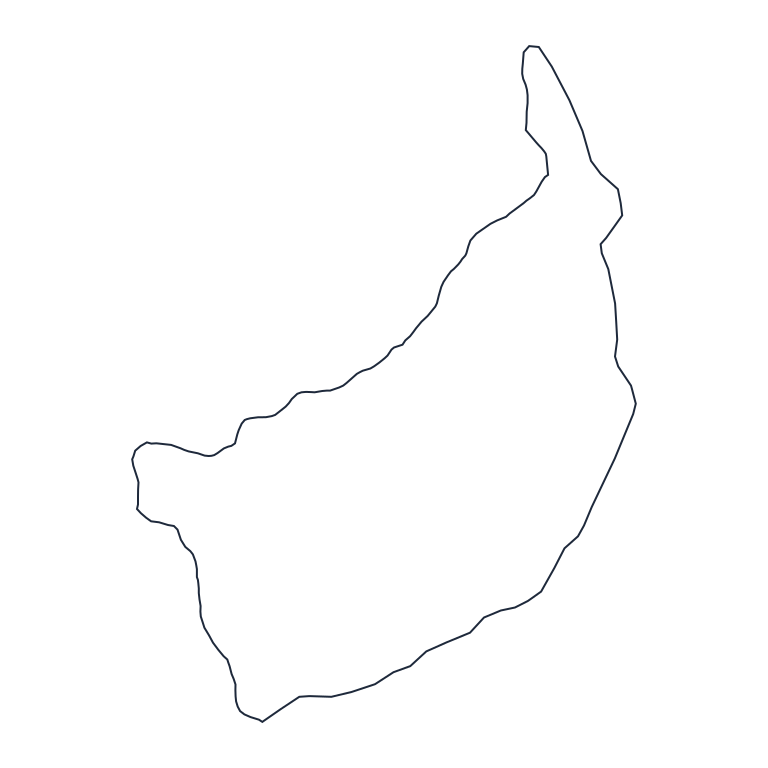 outline of Balam, Mongar, Bhutan
{"feature_id": "84629894B21655800544266", "entity_name": "Balam", "entity_type": "district", "adm_level": 2, "iso_a3": "BTN", "parent_name": "Bhutan", "parent_adm1": "Mongar", "projection": "natural_earth1", "projection_center": [91.392, 27.348], "detail": "fine", "context": "isolated", "style": "outline", "palette": "slate", "viewbox_px": 768, "rotation_deg": 0, "n_neighbors": 0, "source": "geoboundaries", "source_scale": "gbopen_adm2", "svg_char_len": 2647}
<svg xmlns="http://www.w3.org/2000/svg" viewBox="0 0 768 768"><path d="M538.8,47.0L529.2,46.1L523.7,52.3L522.8,63.8L522.3,68.8L522.2,73.8L523.2,78.9L525.6,84.7L526.9,89.5L527.6,95.2L527.6,103.1L526.7,111.7L526.5,122.9L525.8,130.1L536.2,142.4L538.8,145.3L541.4,148.0L544.2,151.4L545.8,153.8L546.3,156.4L547.2,165.8L548.1,174.9L544.9,177.1L541.7,181.7L536.3,191.5L534.0,195.0L529.7,198.4L526.4,200.7L523.9,202.9L517.6,207.6L509.6,213.5L506.1,216.8L497.2,220.4L490.5,223.8L482.6,229.3L476.3,233.7L470.4,240.5L468.3,246.4L466.4,253.3L465.3,255.6L462.1,259.1L460.5,261.6L458.3,264.4L453.8,269.0L451.0,271.3L448.0,275.3L443.6,281.8L441.3,286.8L438.8,295.5L436.9,303.3L435.3,306.6L427.7,315.9L421.5,321.7L416.1,328.2L413.2,332.2L410.1,336.2L405.3,340.4L402.5,344.7L394.0,347.5L391.5,349.6L387.5,355.6L384.8,358.1L379.4,362.5L374.1,366.3L370.4,368.5L362.8,370.7L359.8,372.2L356.8,373.9L346.4,383.1L343.2,385.6L339.1,387.5L330.1,390.6L326.9,390.6L322.2,391.0L314.6,392.3L311.4,392.1L306.1,391.9L301.5,392.3L297.3,393.8L291.8,399.0L289.0,403.0L285.7,406.6L275.2,414.9L271.8,416.1L265.9,417.2L257.8,417.3L250.2,418.3L247.0,419.1L244.7,420.0L241.7,423.6L238.7,430.2L237.3,434.4L235.0,443.4L231.3,445.9L228.3,446.6L223.9,448.4L217.5,453.1L214.2,455.1L211.5,455.8L208.7,456.0L204.6,455.6L197.9,453.3L188.6,451.4L184.2,449.9L180.6,448.3L171.1,444.9L163.7,444.1L156.4,443.3L151.3,443.6L146.9,442.4L140.6,446.0L135.2,450.7L133.4,456.5L132.2,459.3L133.3,465.7L135.3,471.8L137.6,478.9L138.5,482.4L138.1,489.5L138.0,497.1L138.0,504.5L137.0,509.0L140.9,513.2L146.1,517.7L151.1,521.3L159.1,522.3L168.0,525.0L173.9,526.0L177.5,529.6L180.9,539.8L185.3,546.9L190.3,551.1L192.9,554.4L195.5,561.4L196.3,565.5L196.9,569.1L196.9,577.1L197.9,579.9L198.3,583.1L198.8,588.4L198.8,593.1L199.5,599.4L200.6,606.0L200.4,611.6L200.8,616.5L203.1,623.6L204.4,627.7L209.0,635.3L213.0,642.7L218.3,649.8L223.7,656.3L227.3,659.5L228.2,662.3L229.6,666.2L231.6,674.0L233.7,679.0L235.5,684.5L235.4,690.2L235.6,696.4L236.1,701.4L237.7,706.6L240.1,711.1L244.4,714.4L250.6,717.1L259.0,719.7L262.3,721.9L281.2,708.8L299.3,696.8L309.4,696.1L331.4,696.8L351.5,692.0L375.0,684.2L393.5,672.2L410.3,666.1L426.3,651.4L446.5,642.4L470.0,632.7L484.0,617.5L500.8,610.5L515.0,607.5L528.0,600.9L541.1,591.6L554.3,568.1L564.5,548.3L578.0,536.3L584.0,525.5L591.7,507.1L614.8,458.5L633.2,414.0L635.8,403.7L631.9,388.8L631.0,385.6L618.2,366.5L615.0,356.5L617.2,339.6L616.2,321.7L615.1,303.5L608.3,269.1L601.8,253.3L600.6,244.2L606.1,238.0L615.1,225.4L622.2,215.4L620.7,203.2L617.9,189.2L600.9,174.1L591.0,160.9L582.5,131.0L569.4,100.2L551.8,66.6L538.8,47.0Z" fill="none" stroke="#1e293b" stroke-width="2"/></svg>